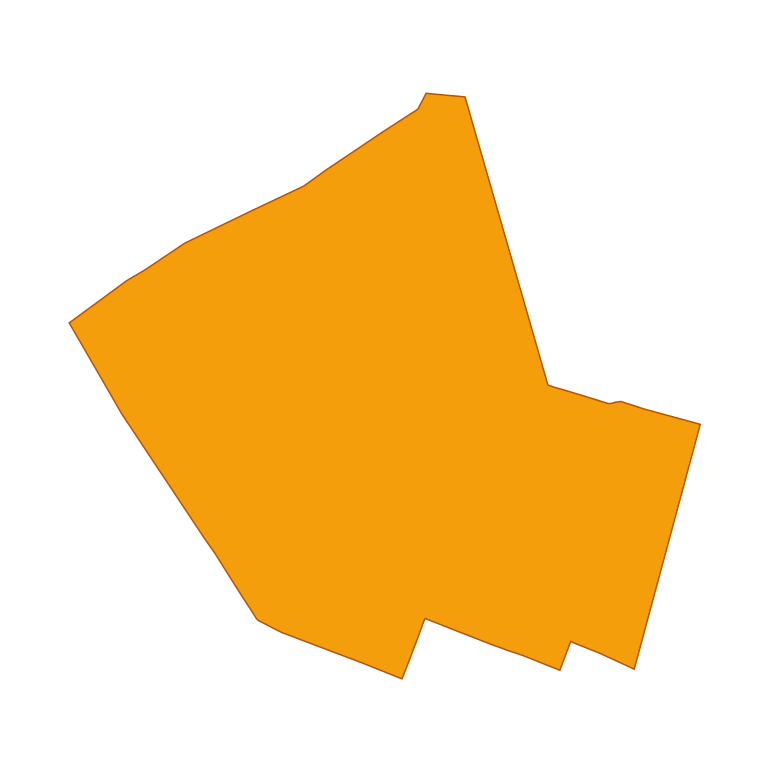 Al-Zohour, Egypt, rotated 94°
{"feature_id": "37247803B87412130883557", "entity_name": "Al-Zohour", "entity_type": "district", "adm_level": 2, "iso_a3": "EGY", "parent_name": "Egypt", "parent_adm1": "", "projection": "orthographic", "projection_center": [32.271, 31.265], "detail": "fine", "context": "isolated", "style": "filled", "palette": "amber", "viewbox_px": 768, "rotation_deg": 94, "n_neighbors": 0, "source": "geoboundaries", "source_scale": "gbopen_adm2", "svg_char_len": 971}
<svg xmlns="http://www.w3.org/2000/svg" viewBox="0 0 768 768"><g transform="rotate(94 384 384)"><path d="M564.9,540.7L589.0,523.1L605.3,511.1L616.1,502.9L627.3,494.6L628.1,493.5L628.9,492.5L630.6,488.3L635.9,476.1L639.0,468.8L663.7,386.6L676.9,345.5L675.1,344.9L673.3,344.3L659.2,339.9L653.5,338.2L648.7,336.8L639.6,334.0L630.5,331.3L625.6,330.0L619.6,328.2L615.1,326.8L616.2,322.9L624.3,297.4L637.2,256.0L639.3,248.0L640.8,243.4L641.2,242.0L641.5,240.6L644.9,227.4L657.3,188.6L627.7,179.8L628.6,177.6L629.4,175.4L637.4,150.4L651.0,114.5L402.2,65.7L390.8,122.8L384.9,146.6L385.3,148.6L385.5,149.1L385.7,149.8L385.8,150.3L385.9,151.6L386.6,153.5L387.3,155.1L387.6,156.9L387.9,158.7L378.5,199.1L375.4,213.8L373.6,220.4L92.0,323.2L91.1,362.3L107.4,369.3L133.1,403.5L174.6,456.8L192.2,477.9L201.4,494.3L221.1,529.4L257.4,592.6L286.5,630.0L298.8,647.8L345.0,702.3L402.7,663.3L431.9,643.7L550.2,552.6L564.9,540.7Z" fill="#f59e0b" stroke="#b45309" stroke-width="1.5"/></g></svg>